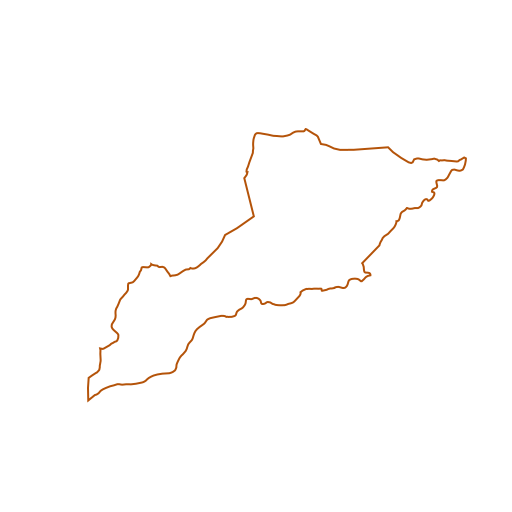 the district of Ti Rocher, Micoud, Saint Lucia, rotated 318°
{"feature_id": "8701671B31259394762981", "entity_name": "Ti Rocher", "entity_type": "district", "adm_level": 2, "iso_a3": "LCA", "parent_name": "Saint Lucia", "parent_adm1": "Micoud", "projection": "mercator", "projection_center": [-60.927, 13.818], "detail": "fine", "context": "isolated", "style": "outline", "palette": "amber", "viewbox_px": 512, "rotation_deg": 318, "n_neighbors": 0, "source": "geoboundaries", "source_scale": "gbopen_adm2", "svg_char_len": 6085}
<svg xmlns="http://www.w3.org/2000/svg" viewBox="0 0 512 512"><g transform="rotate(318 256 256)"><path d="M193.2,281.4L194.0,281.9L194.6,282.7L197.3,285.0L199.8,286.2L200.7,286.4L201.6,286.3L203.8,285.0L204.6,284.7L205.4,284.6L207.6,284.7L210.3,285.4L212.0,285.5L214.6,285.0L215.9,284.5L216.8,284.0L218.7,282.4L219.5,281.9L220.1,281.8L220.9,282.1L222.2,283.3L222.8,284.1L224.0,285.2L227.0,286.3L227.8,287.0L228.5,287.7L229.0,288.7L229.4,289.8L229.5,291.4L229.4,292.4L228.3,294.6L228.3,295.4L228.6,295.9L229.3,296.5L229.9,296.9L230.9,297.3L231.8,297.5L232.7,297.5L233.5,297.8L234.0,298.1L234.8,299.1L235.5,300.0L236.0,301.7L236.2,302.6L237.2,304.1L237.7,305.2L239.4,307.2L241.0,308.8L244.1,311.5L245.3,312.2L246.4,312.7L247.4,313.0L248.7,313.6L249.7,314.2L251.0,314.8L252.1,315.2L253.0,315.4L254.7,315.4L261.5,314.8L263.1,314.3L263.9,313.8L264.5,313.3L264.8,312.7L267.6,312.9L270.8,313.9L271.6,314.3L272.0,314.8L273.4,315.8L275.6,318.0L276.6,318.6L278.3,320.0L280.4,322.0L282.5,323.8L282.6,324.3L281.7,325.8L282.0,326.2L285.9,328.4L287.7,328.9L289.6,329.9L290.7,330.9L292.8,332.2L293.1,332.3L293.3,332.1L294.5,332.6L295.6,333.3L296.8,334.3L298.9,337.6L299.4,338.2L299.9,338.5L300.6,339.0L301.3,339.2L302.1,339.2L303.4,339.1L305.1,338.4L307.8,336.7L308.7,336.4L309.4,336.3L311.4,336.9L312.5,337.6L314.1,338.8L315.0,339.7L316.0,340.9L316.4,341.6L316.7,342.4L317.1,344.9L317.7,345.5L320.6,345.5L323.1,345.2L324.3,345.3L325.9,345.7L328.1,346.9L328.5,346.5L328.9,345.6L328.9,344.7L328.7,344.3L328.0,343.3L326.2,341.5L326.0,340.9L326.0,340.3L326.3,339.6L327.2,338.2L328.8,336.1L330.0,333.3L330.1,332.4L354.8,330.7L356.0,329.9L357.8,329.0L360.4,328.2L362.2,327.4L364.7,327.2L369.0,327.9L373.1,327.5L376.7,327.3L378.7,326.9L381.0,326.0L383.2,324.7L383.6,324.1L384.4,324.6L385.2,324.9L385.9,325.0L386.5,324.8L387.6,324.3L388.6,323.7L391.6,321.5L392.9,321.1L394.2,321.0L396.5,321.5L397.5,321.6L398.3,321.6L400.2,321.3L400.5,321.6L400.8,322.3L401.2,323.0L401.9,323.9L403.7,325.3L406.2,326.7L408.5,328.8L409.5,329.1L411.3,329.3L412.8,329.1L414.4,328.1L415.2,327.6L417.3,327.1L418.4,327.0L419.4,327.1L420.0,327.3L420.6,327.7L421.0,328.2L421.1,328.9L420.9,330.1L421.1,330.4L421.9,330.8L422.5,330.9L424.9,331.0L426.6,330.8L427.8,330.4L428.9,330.0L429.9,329.4L430.6,328.7L430.8,327.9L429.8,326.0L430.7,325.2L431.2,325.0L431.8,324.9L432.4,324.9L435.5,325.9L436.6,325.9L437.6,325.1L439.1,322.3L439.7,321.5L440.1,321.1L440.5,321.0L441.2,321.1L442.5,321.8L444.6,323.8L445.4,324.7L446.1,325.4L446.4,325.6L448.0,326.0L449.4,326.0L450.8,325.9L452.6,325.3L453.9,324.8L457.6,323.5L458.5,323.3L459.4,323.3L460.7,324.1L461.4,324.7L462.8,327.0L464.1,328.7L465.3,329.5L466.3,329.8L467.3,330.1L467.8,330.1L468.3,329.9L469.8,329.3L472.5,327.9L475.7,325.5L477.3,323.9L476.6,322.1L472.8,321.4L471.6,320.9L469.7,320.9L468.5,320.2L464.5,315.8L461.7,312.9L460.2,310.9L458.3,309.5L456.7,308.0L455.5,307.8L455.3,305.8L453.6,302.9L451.5,301.7L447.2,298.7L444.4,295.6L442.2,292.4L440.8,291.2L438.2,290.0L435.1,291.2L433.5,290.7L432.1,288.5L429.5,280.2L427.3,270.5L426.9,263.6L399.6,242.4L389.5,233.4L385.9,228.3L384.0,223.7L382.4,220.3L379.2,216.2L381.8,208.7L381.7,206.9L380.6,203.7L379.0,198.2L378.3,195.6L377.8,194.9L375.9,195.4L375.4,195.4L374.8,195.2L373.4,194.0L372.5,193.1L370.7,191.5L368.9,190.2L367.8,189.7L365.8,189.1L363.0,188.7L362.2,188.5L359.8,187.4L356.1,185.2L354.4,183.6L351.9,180.9L349.5,178.5L348.5,177.2L347.6,175.9L346.1,173.8L342.7,169.5L341.4,167.8L340.3,166.6L339.7,166.0L338.8,165.3L337.9,165.1L337.1,165.1L336.2,165.3L333.2,167.0L331.9,167.9L329.5,170.1L328.2,171.5L326.1,174.2L324.2,175.7L322.6,177.3L313.8,181.9L309.9,184.2L307.0,185.5L305.3,187.0L305.4,187.8L305.7,188.0L304.4,188.9L303.5,189.4L302.0,189.8L299.4,190.3L280.9,225.1L260.4,222.6L247.1,219.7L240.4,222.6L232.8,224.5L218.2,225.2L216.3,225.5L215.5,225.6L212.8,225.5L210.5,225.2L209.4,225.1L208.5,225.2L206.1,225.1L204.4,224.9L203.3,224.6L202.2,224.2L200.6,223.1L199.5,221.7L199.2,221.0L197.9,221.1L197.2,220.9L195.6,219.7L194.7,219.1L193.2,218.7L191.2,218.3L187.3,217.8L185.2,217.4L182.9,216.2L180.5,214.4L178.9,213.7L179.5,211.2L179.7,208.3L180.2,204.7L180.2,203.6L180.0,202.8L179.5,201.9L179.2,201.4L176.9,199.7L176.6,199.3L176.3,198.6L176.2,197.2L174.7,195.5L173.8,194.3L172.9,192.9L172.7,191.9L172.3,192.3L171.8,192.5L171.2,192.6L169.3,192.6L168.3,192.3L167.4,191.5L164.7,188.7L163.9,188.2L163.3,188.1L161.4,189.4L160.8,189.7L159.1,190.0L157.1,191.2L155.8,191.8L154.7,192.2L153.1,192.5L148.8,193.1L147.0,193.1L146.0,192.7L143.5,191.3L143.2,191.1L142.6,191.1L141.2,192.2L138.7,195.0L138.3,195.4L137.7,195.7L137.0,196.0L134.9,196.5L132.3,196.7L130.0,197.1L126.7,197.4L125.8,197.6L122.0,199.5L118.9,200.9L117.0,201.5L115.2,202.6L114.3,203.4L113.3,204.5L111.9,206.3L110.4,207.7L108.7,208.7L103.2,210.3L101.8,211.5L101.3,212.1L101.0,212.9L100.7,213.9L100.7,214.7L100.7,215.8L101.2,220.2L101.2,221.2L101.1,222.0L100.8,222.7L100.5,223.0L99.1,224.4L98.6,224.8L96.7,225.8L95.6,226.0L95.0,225.9L93.5,225.2L91.6,224.9L90.0,224.4L89.3,224.3L88.4,224.4L87.2,224.3L80.8,222.9L80.2,222.6L79.7,222.3L78.3,220.4L77.5,221.8L74.8,224.6L70.9,229.4L70.1,230.2L66.4,233.1L65.4,234.2L63.7,235.5L63.1,235.8L61.5,236.0L59.7,236.1L58.8,235.8L54.4,235.1L50.1,234.6L42.9,241.6L34.7,251.1L43.2,251.5L44.6,252.2L46.0,252.5L47.1,252.6L47.8,252.6L49.7,252.3L51.0,252.3L53.2,252.7L56.1,253.6L60.4,255.2L63.8,257.0L67.2,258.5L68.6,259.8L69.9,261.5L70.7,262.3L73.5,264.3L75.1,265.7L77.2,267.7L81.3,270.6L86.4,273.6L87.6,274.2L88.9,274.6L90.5,274.9L92.5,274.8L94.7,274.9L97.4,275.5L99.9,276.3L103.5,278.1L106.6,280.1L107.7,280.8L113.1,285.1L114.8,285.9L116.5,286.5L119.1,286.8L120.0,286.6L122.1,285.6L124.1,283.7L125.1,283.1L127.5,282.0L130.0,281.0L131.5,280.5L133.9,280.1L135.8,280.1L139.0,279.7L140.3,279.5L142.5,278.6L144.1,277.6L146.5,276.3L148.6,275.9L151.8,275.6L152.8,275.3L154.1,274.7L156.7,273.1L158.6,272.1L160.7,271.3L163.2,270.9L166.5,271.0L169.9,271.4L172.0,271.6L173.3,271.5L176.7,270.7L177.5,270.7L179.3,271.2L180.4,271.6L184.3,273.8L190.1,277.2L191.7,278.7L192.5,279.7L192.9,280.4L193.2,281.4Z" fill="none" stroke="#b45309" stroke-width="2"/></g></svg>